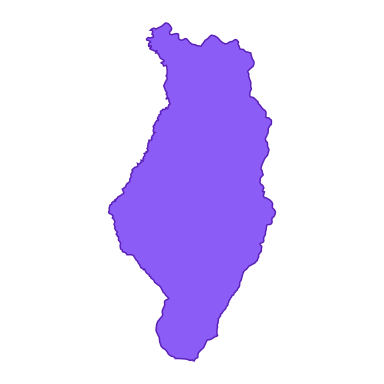 Caicedonia, Valle del Cauca, Colombia
{"feature_id": "7082276B66968724645536", "entity_name": "Caicedonia", "entity_type": "district", "adm_level": 2, "iso_a3": "COL", "parent_name": "Colombia", "parent_adm1": "Valle del Cauca", "projection": "orthographic", "projection_center": [-75.855, 4.307], "detail": "fine", "context": "isolated", "style": "filled", "palette": "violet", "viewbox_px": 384, "rotation_deg": 0, "n_neighbors": 0, "source": "geoboundaries", "source_scale": "gbopen_adm2", "svg_char_len": 5977}
<svg xmlns="http://www.w3.org/2000/svg" viewBox="0 0 384 384"><path d="M263.8,187.6L262.6,185.3L261.0,184.3L260.0,182.7L260.3,178.5L260.6,177.7L263.2,174.9L262.4,172.7L262.2,171.0L261.0,168.8L260.9,168.1L262.0,164.6L264.6,158.8L265.1,157.9L267.5,155.2L269.0,149.7L267.4,145.9L267.6,145.0L267.3,142.4L265.6,140.6L265.4,138.4L266.8,135.8L267.0,134.7L268.0,133.2L268.4,128.4L270.0,125.5L271.3,124.4L271.5,120.9L271.1,119.8L269.8,119.1L269.4,118.3L268.7,117.9L266.9,117.7L265.7,117.0L266.1,113.2L265.8,111.7L265.2,110.7L262.5,108.6L259.3,104.3L258.4,104.0L258.0,102.9L258.2,102.2L257.8,101.7L253.6,97.6L250.5,96.9L249.7,95.4L250.0,91.8L251.4,89.0L250.7,86.3L250.8,82.2L249.2,78.1L248.7,76.1L248.8,73.6L247.8,72.2L247.8,71.2L249.0,69.8L253.1,66.3L253.9,64.0L254.0,62.4L253.5,60.5L252.5,59.3L251.8,57.5L250.7,52.9L245.9,51.7L244.6,50.9L243.6,49.5L240.0,49.1L238.9,45.7L238.0,44.3L238.0,43.3L238.5,42.5L238.4,41.8L236.9,40.1L236.2,39.7L234.9,39.7L232.6,41.3L229.5,42.0L227.4,43.5L225.1,43.8L222.8,42.8L221.0,41.4L217.6,37.7L214.7,35.9L211.6,35.2L210.5,35.7L207.8,38.6L204.9,40.5L203.9,42.3L202.3,44.2L201.1,46.2L199.9,46.1L196.6,45.5L195.4,44.7L192.9,44.4L192.0,44.1L189.6,42.4L187.8,40.1L186.3,38.7L185.1,38.7L182.1,40.2L180.4,40.0L179.0,38.9L178.6,38.2L178.6,35.1L178.4,34.3L177.6,33.7L175.8,33.6L171.5,34.7L170.1,34.2L169.7,33.7L169.5,32.0L171.3,30.0L171.6,28.7L171.4,27.9L170.0,25.4L168.1,23.6L167.0,23.2L165.4,23.0L161.7,26.2L155.8,29.0L153.9,28.1L151.9,28.9L150.4,30.2L151.9,30.4L152.6,30.9L152.7,32.0L151.9,34.2L153.0,34.7L153.0,35.9L153.5,36.5L153.5,36.9L152.9,37.5L151.4,37.5L150.3,37.9L148.2,37.5L146.8,38.7L146.5,39.7L147.0,40.2L148.3,40.4L150.6,41.6L150.6,42.1L149.0,43.1L148.5,44.8L148.8,46.4L149.7,46.4L150.2,45.6L151.4,46.3L151.1,47.5L149.8,48.2L149.9,48.7L151.7,49.8L153.5,50.3L154.4,51.0L155.5,51.2L156.6,50.6L156.9,50.7L156.9,51.1L155.9,51.8L155.7,52.9L156.7,52.6L157.8,53.8L158.7,53.9L158.9,55.0L160.0,57.6L160.9,58.6L163.4,59.9L164.1,60.7L163.8,61.4L161.4,62.5L161.1,62.9L162.9,63.9L163.6,66.0L166.3,65.4L166.9,67.2L167.2,72.4L166.9,74.8L166.1,75.8L167.1,77.4L167.2,79.0L166.9,79.8L166.2,80.2L166.0,81.3L165.1,82.4L164.5,84.3L163.7,85.8L165.8,91.3L167.1,92.6L167.0,93.1L166.3,93.7L166.2,94.2L167.2,95.5L167.4,97.3L166.2,98.4L166.2,98.8L166.6,99.0L168.2,98.3L168.6,98.5L168.7,99.9L169.2,100.8L169.0,101.6L170.2,103.9L168.7,104.9L167.7,108.6L167.3,108.7L166.2,107.6L165.6,108.0L165.3,109.2L164.2,109.7L163.0,109.2L161.9,110.5L160.6,111.2L160.4,112.1L160.7,114.3L159.1,114.7L158.9,116.4L158.0,117.1L157.5,118.0L157.6,118.6L158.5,119.8L158.4,120.2L158.0,120.5L157.2,120.3L156.7,120.6L156.2,121.6L155.1,122.8L155.0,123.8L154.2,124.9L154.5,125.4L153.4,126.0L153.2,126.9L153.9,127.8L153.3,129.7L153.3,131.4L153.6,132.1L154.8,132.6L153.9,132.9L153.9,133.6L153.5,133.9L153.4,134.9L152.2,135.9L151.4,138.1L152.0,138.9L151.4,140.0L149.8,140.4L149.1,140.1L148.9,140.4L148.8,141.2L149.3,142.2L148.1,143.1L147.6,148.1L147.0,148.6L147.7,149.3L148.1,150.6L147.8,151.2L147.0,151.2L146.2,151.8L146.8,152.5L144.2,153.5L144.7,154.2L144.6,155.8L143.5,157.1L143.1,158.6L143.6,158.9L142.9,159.8L143.0,161.0L141.1,160.2L141.1,162.4L140.4,162.6L139.8,163.7L138.5,164.1L137.5,163.5L137.9,165.4L137.5,166.3L136.6,166.9L135.0,167.2L132.2,169.6L132.1,170.6L132.8,171.3L131.7,172.8L130.8,174.7L131.2,176.3L130.8,177.5L129.8,179.0L129.9,181.0L128.9,182.5L127.1,183.5L126.2,185.0L125.5,186.9L122.3,189.1L123.8,192.5L123.8,193.2L120.4,195.6L117.7,197.1L117.3,198.2L114.8,200.0L114.8,200.3L115.6,200.8L115.5,201.2L113.6,201.4L111.8,202.8L111.5,204.4L110.4,204.7L109.7,205.7L109.7,206.5L109.2,207.8L109.3,211.0L108.7,211.6L108.6,212.1L109.2,213.4L110.3,213.8L112.7,215.3L113.1,216.3L112.4,217.6L112.4,218.2L113.8,219.1L114.9,221.6L114.1,224.5L115.1,227.0L114.6,228.1L115.7,230.3L117.2,231.8L117.1,232.5L116.4,233.5L116.3,234.4L117.0,235.0L117.4,236.2L118.5,236.5L118.5,240.2L119.6,241.3L120.6,243.2L120.1,245.9L120.6,248.9L122.2,250.0L122.5,251.7L125.4,252.6L126.6,253.9L126.9,254.7L132.3,254.8L133.6,255.8L136.3,260.2L137.5,261.1L138.0,262.5L139.8,265.1L140.9,267.7L142.5,268.5L143.4,269.7L143.8,269.7L144.2,269.0L144.6,269.1L144.8,270.0L146.5,273.0L149.0,274.7L149.4,276.1L150.6,276.6L151.2,278.4L152.3,278.8L153.3,279.7L154.1,280.7L154.6,282.3L160.1,286.4L161.0,287.8L163.4,292.6L164.8,293.5L165.4,294.9L168.7,298.1L168.3,298.9L165.7,300.2L164.6,301.3L164.6,305.8L163.8,307.0L162.3,310.6L162.3,312.7L162.7,314.9L162.4,315.8L157.7,321.5L156.6,324.6L156.0,330.3L156.9,332.8L159.2,337.3L159.7,341.7L161.1,346.2L163.1,348.3L164.5,349.0L165.7,350.0L167.1,351.7L168.1,353.6L169.4,355.0L171.2,356.1L174.3,357.0L175.2,358.5L180.5,358.6L186.6,359.1L189.8,360.3L191.0,360.3L192.2,359.8L193.1,360.7L194.1,361.0L195.4,358.7L197.8,357.5L197.9,354.7L198.3,353.0L200.2,350.8L203.7,347.5L206.8,340.6L207.8,339.8L208.9,339.9L211.7,338.9L215.5,336.4L216.8,336.3L217.6,335.2L216.9,334.2L217.0,329.4L217.5,327.2L217.3,324.3L217.8,323.6L218.1,322.5L218.2,320.5L218.5,320.1L218.2,319.0L220.5,315.9L220.6,314.2L222.0,313.3L223.0,311.4L225.7,308.6L226.0,307.2L227.9,305.0L227.9,303.5L228.6,302.5L228.8,301.3L230.0,299.3L230.3,298.5L231.4,297.1L232.1,295.5L233.6,294.9L234.3,292.7L234.6,292.3L235.3,292.2L236.1,290.9L237.3,289.9L238.0,288.1L239.0,287.2L239.6,285.5L239.8,282.2L241.1,280.3L242.9,273.4L244.3,270.8L246.6,269.1L249.1,265.9L250.9,265.3L251.9,264.4L254.4,263.4L257.5,260.1L257.9,258.2L258.7,257.0L258.6,254.5L259.6,253.6L260.3,252.3L261.2,251.7L261.4,248.4L261.8,246.7L261.3,245.8L260.3,244.9L260.0,244.0L260.4,243.3L262.8,242.4L263.8,241.1L263.6,237.8L265.3,234.7L265.5,231.6L266.1,230.2L266.6,225.6L267.1,224.8L270.1,224.4L271.0,224.0L271.7,223.2L272.1,222.1L271.8,219.6L272.0,218.6L272.6,217.5L273.7,216.8L274.2,216.1L275.1,214.1L275.4,212.1L275.4,211.6L274.3,209.6L272.5,208.0L272.3,206.1L272.6,205.1L272.5,203.5L271.7,201.8L269.3,199.6L266.2,197.9L265.0,197.7L263.7,196.8L263.4,195.6L264.4,191.8L262.7,191.6L262.5,191.1L263.3,189.5L263.8,187.6Z" fill="#8b5cf6" stroke="#5b21b6" stroke-width="1.5"/></svg>